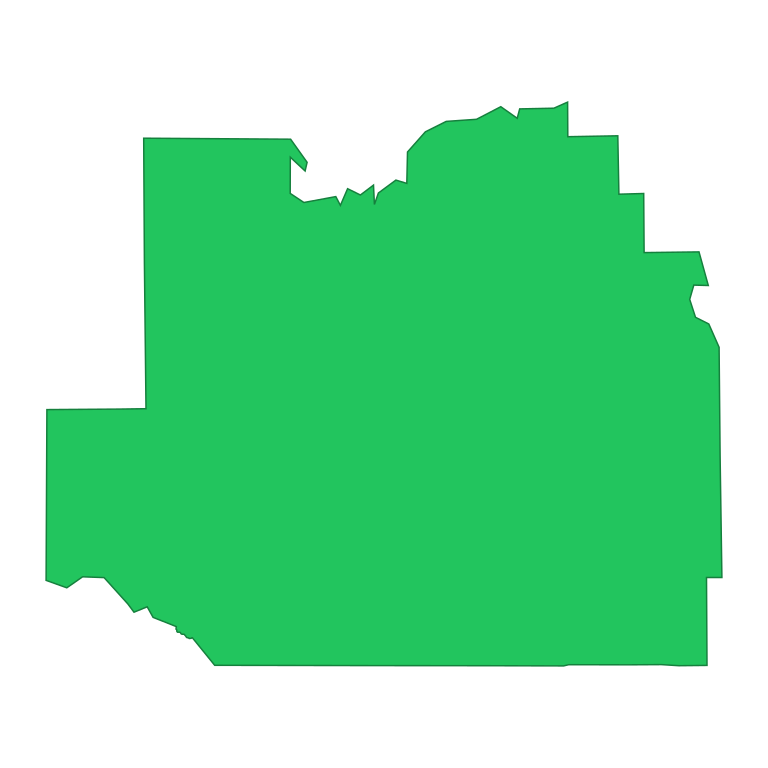 outline of Marion, Florida, United States of America
{"feature_id": "52423323B27040576130410", "entity_name": "Marion", "entity_type": "district", "adm_level": 2, "iso_a3": "USA", "parent_name": "United States of America", "parent_adm1": "Florida", "projection": "equal_earth", "projection_center": [-82.102, 29.24], "detail": "fine", "context": "isolated", "style": "filled", "palette": "green", "viewbox_px": 768, "rotation_deg": 0, "n_neighbors": 0, "source": "geoboundaries", "source_scale": "gbopen_adm2", "svg_char_len": 1100}
<svg xmlns="http://www.w3.org/2000/svg" viewBox="0 0 768 768"><path d="M719.1,347.3L708.8,324.0L695.5,317.3L689.7,299.4L693.8,285.1L708.3,285.5L699.0,251.9L644.1,252.6L643.7,193.5L618.9,194.2L617.8,135.8L567.8,136.7L567.6,102.1L553.9,108.2L519.7,108.9L517.2,118.3L500.8,106.7L476.5,119.3L446.2,121.4L425.4,131.8L407.5,152.0L406.8,183.4L395.9,180.1L378.4,193.0L374.4,204.5L373.5,185.1L360.4,195.0L347.6,188.7L340.4,205.4L335.8,196.6L303.9,202.5L290.2,193.4L290.3,157.2L305.1,171.0L307.1,162.3L290.6,139.2L143.7,138.2L144.4,262.6L146.0,408.7L118.3,409.1L46.9,409.6L46.1,580.4L66.8,587.8L82.6,576.8L104.1,577.6L127.9,604.0L134.0,612.2L147.2,606.8L153.1,617.4L176.3,626.6L176.0,629.1L176.8,629.9L176.8,631.2L177.2,631.9L177.6,632.2L179.3,632.2L180.2,632.4L181.1,633.8L181.9,634.2L184.1,634.3L185.7,636.1L186.4,637.2L187.1,637.7L188.4,637.8L189.2,638.5L191.2,638.3L192.0,637.7L192.4,637.8L214.7,665.3L378.0,665.6L484.2,665.7L563.7,665.9L568.7,664.7L629.4,664.8L661.4,664.6L678.8,665.7L707.0,665.4L706.5,577.5L721.9,577.5L720.1,455.7L719.1,347.3Z" fill="#22c55e" stroke="#15803d" stroke-width="1.5"/></svg>